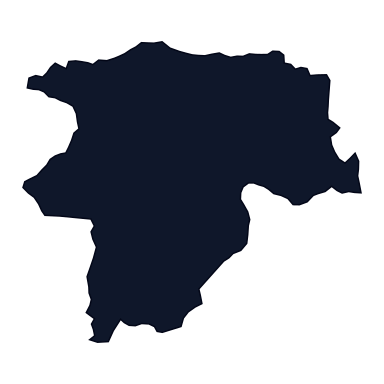 outline of Iporã do Oeste, Santa Catarina, Brazil
{"feature_id": "56859067B29932927337968", "entity_name": "Iporã do Oeste", "entity_type": "district", "adm_level": 2, "iso_a3": "BRA", "parent_name": "Brazil", "parent_adm1": "Santa Catarina", "projection": "natural_earth1", "projection_center": [-53.489, -27.013], "detail": "fine", "context": "isolated", "style": "filled", "palette": "ink", "viewbox_px": 384, "rotation_deg": 0, "n_neighbors": 0, "source": "geoboundaries", "source_scale": "gbopen_adm2", "svg_char_len": 2084}
<svg xmlns="http://www.w3.org/2000/svg" viewBox="0 0 384 384"><path d="M106.9,60.7L98.7,60.1L92.9,64.6L87.9,62.8L81.5,61.7L75.7,60.9L68.8,61.5L66.2,68.7L60.2,65.9L55.2,63.2L50.6,67.4L46.8,73.0L42.6,77.1L35.7,75.6L29.0,78.1L27.3,87.9L33.2,89.2L38.9,89.6L44.2,91.9L48.9,96.7L55.2,97.7L60.4,100.4L66.8,102.6L73.0,106.2L76.4,113.6L77.5,121.8L79.0,128.8L74.0,133.1L71.6,140.5L68.6,147.4L65.8,153.0L60.7,153.9L55.2,156.0L50.2,159.4L46.8,165.1L42.1,169.8L37.0,175.6L30.6,178.7L24.8,181.7L23.0,187.5L28.4,193.0L34.2,197.3L38.7,204.0L41.8,210.8L44.9,215.3L59.6,216.0L90.9,219.0L94.4,226.0L91.1,231.8L92.9,239.1L96.5,247.1L93.5,258.2L90.5,267.0L87.1,276.7L88.9,286.9L89.1,293.0L91.4,299.4L90.0,305.4L86.3,312.6L94.5,318.7L91.5,324.1L93.4,329.3L94.7,335.7L89.7,339.7L97.5,342.2L108.3,341.6L113.3,330.6L120.6,319.2L124.3,322.6L129.1,325.3L135.3,325.7L141.6,323.5L148.9,323.9L154.5,326.6L157.1,331.4L162.3,332.3L181.0,326.5L183.4,318.1L188.2,311.9L195.1,307.0L201.9,303.6L200.3,295.4L198.8,289.0L223.7,261.1L228.9,257.8L233.0,253.5L240.8,250.4L246.7,243.4L247.7,234.8L248.3,225.6L249.7,219.6L247.7,211.9L243.6,204.6L240.4,199.4L240.7,192.7L243.1,186.9L248.5,182.9L253.8,182.9L258.6,184.8L263.9,186.3L268.7,189.3L273.8,193.6L281.1,195.4L287.9,198.5L293.1,204.6L299.4,204.7L307.2,201.8L313.3,195.4L318.0,193.6L325.1,191.5L331.7,186.3L337.1,190.5L342.1,193.0L348.7,191.5L354.5,192.4L361.0,192.8L359.1,183.0L357.6,175.9L358.4,169.2L358.6,161.2L355.1,153.2L350.0,158.5L345.0,163.1L338.9,159.1L334.6,152.0L331.6,145.0L330.3,136.8L336.3,132.5L339.7,127.9L333.0,122.4L328.0,119.3L327.5,112.6L328.0,106.8L328.3,100.1L329.0,90.9L329.8,80.5L326.5,74.8L317.2,75.0L310.0,75.6L307.0,68.6L300.9,67.5L295.3,69.2L290.7,64.4L284.2,63.1L283.7,55.1L279.1,51.5L272.7,51.2L267.7,54.5L261.4,54.6L255.9,54.5L249.3,53.9L243.1,56.4L237.1,56.2L230.7,57.4L224.6,55.5L219.3,53.0L211.7,54.3L204.9,55.8L198.3,55.5L192.2,54.9L185.9,53.3L179.4,51.5L169.9,48.1L162.1,41.8L153.9,43.2L148.2,43.0L141.4,42.7L135.9,47.0L130.7,49.7L124.8,53.7L119.0,56.4L114.4,58.3L106.9,60.7Z" fill="#0f172a" stroke="#020617" stroke-width="1.5"/></svg>